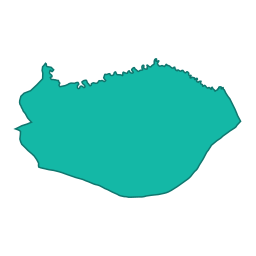 outline of Atsaphone, Savannakhét, Laos
{"feature_id": "54806243B37030800305867", "entity_name": "Atsaphone", "entity_type": "district", "adm_level": 2, "iso_a3": "LAO", "parent_name": "Laos", "parent_adm1": "Savannakhét", "projection": "mercator", "projection_center": [105.412, 16.945], "detail": "fine", "context": "isolated", "style": "filled", "palette": "teal", "viewbox_px": 256, "rotation_deg": 0, "n_neighbors": 0, "source": "geoboundaries", "source_scale": "gbopen_adm2", "svg_char_len": 5480}
<svg xmlns="http://www.w3.org/2000/svg" viewBox="0 0 256 256"><path d="M151.6,195.2L158.4,194.5L163.6,193.4L166.0,192.8L168.4,191.9L171.4,190.3L177.4,186.5L187.9,179.0L189.3,177.8L190.7,176.4L192.7,173.8L194.6,171.5L196.2,170.1L197.3,168.8L198.2,167.2L199.3,165.1L203.2,158.9L206.5,152.6L207.3,151.4L208.4,150.1L209.3,148.6L210.9,146.2L211.1,145.5L217.0,140.6L220.6,138.2L223.1,135.9L228.0,132.4L229.7,131.1L234.7,127.9L236.0,126.8L237.0,125.2L240.6,121.3L237.6,115.7L236.8,113.6L235.0,109.3L229.8,98.8L228.0,96.5L225.7,92.9L224.3,89.9L223.4,89.2L223.3,88.9L223.1,87.7L222.5,87.8L221.8,88.8L221.4,88.8L221.2,88.7L221.6,87.5L221.5,87.2L220.5,86.8L219.9,86.8L219.2,87.0L218.9,87.2L218.7,87.5L218.8,88.1L218.7,88.4L217.7,89.0L217.6,89.7L216.2,90.4L215.2,91.1L214.9,91.0L214.5,90.1L213.1,88.9L212.2,87.3L211.6,87.5L211.4,87.9L211.4,89.0L211.2,89.2L210.9,89.1L210.5,88.8L209.8,87.9L209.1,87.5L208.5,87.6L207.9,88.1L207.4,88.0L206.4,87.2L205.5,86.0L204.9,85.5L204.4,85.4L204.0,85.6L203.2,86.2L202.9,86.3L202.7,86.2L202.6,85.8L202.4,84.8L202.3,84.6L202.2,84.5L201.4,84.2L200.7,83.7L200.6,83.1L200.8,81.9L201.0,81.5L201.0,81.3L200.4,81.2L199.2,81.4L198.8,81.7L198.5,82.2L198.2,82.3L197.2,81.8L196.6,81.3L196.6,80.7L196.7,80.3L197.4,79.2L197.3,78.7L197.1,78.4L196.9,78.3L196.1,78.6L195.4,79.5L195.0,79.6L194.7,79.4L194.6,79.1L194.6,78.1L194.5,77.9L192.2,77.3L191.9,77.4L191.4,77.7L190.8,78.0L190.6,78.0L190.1,77.7L190.1,77.2L191.0,75.9L191.0,75.5L190.8,75.3L190.6,75.3L190.0,75.7L189.7,75.7L189.0,75.2L188.7,74.5L188.8,73.6L188.7,73.1L188.0,72.3L187.3,71.8L186.8,71.8L185.6,72.8L185.0,72.7L184.2,72.1L183.3,70.9L182.8,70.4L182.2,70.4L181.6,70.6L180.8,71.2L180.6,71.2L180.1,71.1L178.0,69.9L177.8,70.0L177.4,70.5L177.2,70.7L176.5,70.5L175.9,70.2L175.7,69.3L175.0,68.8L174.9,68.4L174.8,67.4L174.7,67.2L174.1,67.2L173.2,68.1L172.5,68.1L171.7,67.8L170.7,67.1L170.0,66.4L169.1,65.8L168.5,65.6L167.3,65.4L166.8,64.6L166.5,64.4L166.2,64.4L166.0,64.5L165.6,65.4L165.0,65.8L164.5,66.5L164.3,66.5L162.7,65.8L162.1,65.6L161.5,65.7L160.1,66.2L159.8,66.3L159.3,66.1L157.9,64.7L157.6,64.2L157.5,63.5L157.6,62.9L158.2,62.1L158.7,61.4L158.8,61.0L158.4,60.8L156.5,61.3L156.0,61.1L155.8,60.6L156.6,59.3L156.5,59.0L156.1,58.8L155.4,59.0L155.1,59.3L154.8,59.6L154.4,60.5L154.2,61.5L154.2,62.5L154.3,63.1L154.1,63.9L153.5,64.5L151.9,65.6L151.0,66.7L150.5,66.9L149.9,66.8L148.9,66.4L147.6,65.2L147.4,65.1L147.0,65.2L146.9,65.6L147.4,66.4L147.5,66.8L147.0,68.0L147.3,68.7L146.9,69.0L146.1,69.2L145.3,69.0L144.6,68.7L144.0,68.3L143.8,68.0L143.7,67.4L143.9,66.3L143.9,65.7L143.7,65.4L143.2,65.2L142.7,65.4L142.2,65.9L141.9,66.8L142.0,68.3L142.6,69.5L142.6,69.8L141.9,70.1L140.3,70.3L138.8,71.3L138.6,71.4L138.1,71.4L137.5,71.0L136.2,69.8L135.2,69.1L135.0,68.8L134.4,67.7L134.1,67.6L133.6,67.7L132.9,68.1L132.6,68.6L131.9,69.1L131.7,69.5L131.8,70.1L132.1,70.8L133.2,72.1L133.3,72.3L133.1,72.7L132.5,73.1L131.9,73.2L130.8,72.8L130.0,72.3L129.7,71.8L129.5,71.0L129.2,70.9L128.6,71.0L128.3,71.3L127.7,72.2L127.5,73.1L127.2,73.2L126.7,73.3L124.8,72.8L124.2,72.6L123.8,72.2L123.4,72.2L123.2,72.3L122.9,72.8L122.7,75.4L122.4,75.6L121.7,75.3L121.0,74.9L117.2,74.7L116.7,74.3L115.7,72.1L115.3,71.9L114.6,72.3L114.2,72.8L113.9,74.0L113.5,74.7L113.0,75.2L112.2,75.5L111.3,75.5L110.4,75.2L110.1,74.5L110.0,74.0L109.7,73.7L108.6,73.8L107.0,74.4L106.5,74.5L105.1,74.3L104.9,74.4L104.6,75.0L103.7,77.8L104.4,79.0L105.2,79.9L105.7,80.5L105.5,80.8L104.9,81.3L104.4,81.5L104.0,81.5L103.5,81.3L103.2,81.0L102.6,80.7L102.0,80.5L101.6,80.6L100.8,80.9L99.2,80.7L98.9,80.9L97.7,82.7L96.9,83.2L95.5,83.3L93.6,82.8L93.0,82.9L91.6,83.6L91.3,84.0L91.3,84.6L91.2,85.2L91.0,85.4L90.5,85.7L89.9,85.7L89.5,85.3L88.5,83.9L87.4,82.8L86.7,80.9L86.4,80.4L85.9,80.2L84.1,80.5L83.3,80.9L82.0,81.8L82.0,82.4L82.7,83.6L84.1,84.9L84.9,86.0L85.0,86.6L84.8,87.1L84.5,87.4L84.3,87.5L83.6,87.5L82.5,86.5L81.5,86.1L81.0,86.1L80.5,86.3L80.2,86.6L80.0,86.9L79.6,88.1L79.2,88.4L78.7,88.6L78.3,88.6L77.7,88.2L77.5,87.9L77.4,87.6L77.4,85.8L77.5,85.4L78.6,84.7L78.7,84.3L78.6,83.5L78.2,82.8L78.0,82.5L77.6,82.4L76.3,82.6L74.6,83.3L71.0,83.1L69.0,83.7L68.2,84.3L65.2,85.6L60.0,86.7L59.8,86.5L59.2,85.7L59.0,85.2L59.1,84.6L59.7,83.6L59.7,83.0L59.5,82.6L58.6,81.6L58.5,81.2L58.5,80.7L58.4,80.5L56.7,80.3L55.7,79.9L54.8,79.9L53.7,79.6L51.5,79.5L51.0,79.1L50.3,77.5L50.6,77.2L51.5,77.0L51.9,76.8L52.0,76.4L52.0,75.9L51.5,75.0L50.0,73.8L49.6,73.2L49.5,72.6L49.7,71.6L50.0,70.6L50.1,70.4L50.3,70.3L51.5,71.4L51.9,71.6L52.2,71.6L52.6,71.2L53.3,70.4L53.7,69.8L53.6,69.6L52.4,68.7L51.5,67.5L51.2,67.4L50.6,67.2L47.5,66.7L46.7,66.3L46.4,65.8L46.3,64.1L46.1,63.8L45.5,63.3L44.0,65.3L42.6,66.8L42.1,70.4L42.8,73.2L42.6,78.8L36.8,84.9L30.6,90.7L24.1,93.2L20.9,96.3L19.7,100.7L19.6,102.6L20.0,104.4L20.9,105.8L21.5,107.5L22.5,109.2L23.3,111.2L25.3,113.6L27.6,117.9L29.6,120.2L31.5,122.2L27.2,124.0L21.9,125.7L17.6,127.9L15.4,128.9L18.0,129.8L19.3,130.4L20.5,131.4L20.4,134.4L19.9,139.1L20.7,141.9L21.8,144.3L25.5,147.9L27.9,150.4L31.4,153.4L34.2,156.0L36.7,159.6L38.6,163.2L38.5,165.4L38.7,167.0L40.4,167.7L43.8,168.5L45.3,168.8L46.8,169.2L49.1,169.7L53.7,170.4L58.9,171.7L61.6,172.5L67.1,174.5L72.3,176.3L73.5,176.7L75.4,177.4L82.7,179.4L85.9,180.8L88.4,181.7L93.8,184.0L95.4,184.5L97.6,185.0L99.7,185.7L100.2,186.0L103.3,187.6L104.8,188.5L107.8,189.7L112.2,192.0L116.9,194.1L117.4,194.3L118.7,195.1L120.1,195.7L124.1,196.6L126.3,196.7L128.6,197.2L130.6,197.2L139.5,196.9L142.0,196.9L144.1,196.6L146.2,196.0L151.6,195.2Z" fill="#14b8a6" stroke="#0f766e" stroke-width="1.5"/></svg>